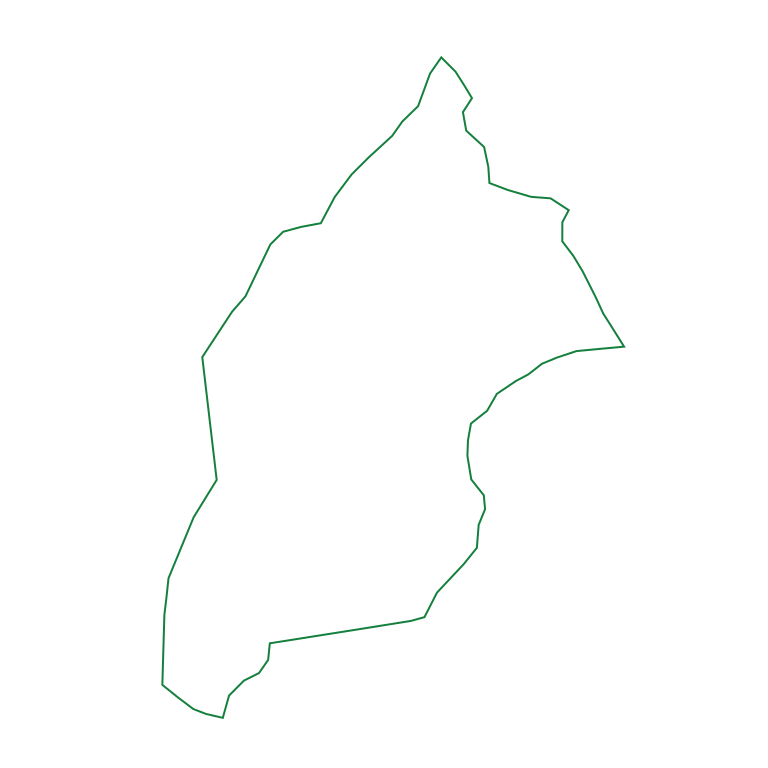 São Francisco, Sergipe, Brazil (Albers equal-area conic projection), rotated 356°
{"feature_id": "56859067B71066777145580", "entity_name": "São Francisco", "entity_type": "district", "adm_level": 2, "iso_a3": "BRA", "parent_name": "Brazil", "parent_adm1": "Sergipe", "projection": "albers", "projection_center": [-36.858, -10.332], "detail": "fine", "context": "isolated", "style": "outline", "palette": "green", "viewbox_px": 768, "rotation_deg": 356, "n_neighbors": 0, "source": "geoboundaries", "source_scale": "gbopen_adm2", "svg_char_len": 1026}
<svg xmlns="http://www.w3.org/2000/svg" viewBox="0 0 768 768"><g transform="rotate(356 384 384)"><path d="M204.6,344.5L210.4,468.0L184.8,503.7L155.5,562.7L151.9,582.8L148.8,599.0L141.9,668.7L156.9,682.6L171.2,695.0L183.4,700.7L199.9,705.8L207.7,684.0L223.6,670.1L239.2,663.6L249.2,651.1L252.0,634.7L362.9,625.0L394.4,622.2L408.1,619.4L422.3,595.8L451.0,569.2L465.2,553.9L468.6,531.2L476.1,515.9L475.8,502.0L464.4,485.3L462.2,461.5L463.8,446.2L468.0,429.5L485.0,417.9L495.9,401.7L516.0,390.1L528.8,384.4L543.0,374.8L558.4,369.7L578.2,364.6L602.4,364.0L626.1,363.5L615.5,343.6L607.7,329.2L601.0,311.6L589.9,285.2L581.8,269.4L571.8,254.1L573.2,235.1L580.4,223.5L563.1,210.4L543.9,207.6L521.0,199.1L503.2,190.9L503.2,174.7L500.4,154.6L483.7,137.0L481.7,118.3L491.7,105.0L485.3,92.5L477.2,77.5L463.9,62.2L451.6,77.5L437.4,109.2L420.6,123.4L409.5,137.0L384.9,156.6L366.3,172.7L347.9,194.0L332.2,219.2L312.2,221.5L294.0,225.1L280.4,236.8L251.9,286.9L237.4,301.4L204.6,344.5Z" fill="none" stroke="#15803d" stroke-width="2"/></g></svg>